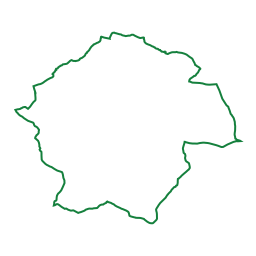 Merghindeal, Sibiu, Romania (Robinson projection)
{"feature_id": "2599482B74262616140775", "entity_name": "Merghindeal", "entity_type": "district", "adm_level": 2, "iso_a3": "ROU", "parent_name": "Romania", "parent_adm1": "Sibiu", "projection": "robinson", "projection_center": [24.738, 45.982], "detail": "fine", "context": "isolated", "style": "outline", "palette": "green", "viewbox_px": 256, "rotation_deg": 0, "n_neighbors": 0, "source": "geoboundaries", "source_scale": "gbopen_adm2", "svg_char_len": 5677}
<svg xmlns="http://www.w3.org/2000/svg" viewBox="0 0 256 256"><path d="M78.2,212.9L78.6,212.7L81.1,212.0L83.7,211.0L84.6,210.6L85.7,209.7L88.3,208.8L89.4,208.6L92.3,208.7L93.7,208.3L96.3,208.1L97.1,208.0L97.8,207.4L99.1,205.9L100.2,205.1L101.3,204.7L102.2,204.5L102.9,204.6L103.3,204.5L104.3,203.7L106.3,202.8L106.5,202.5L106.6,201.9L107.3,201.5L108.3,202.1L111.0,202.9L111.9,203.5L113.9,204.4L115.1,205.5L116.8,206.5L120.2,208.0L121.6,208.8L122.5,209.0L126.3,210.6L127.9,211.6L128.3,211.9L128.8,212.9L129.3,214.9L129.4,215.6L129.5,215.8L130.1,216.1L131.1,216.5L134.5,217.4L135.2,217.5L135.9,217.8L136.8,217.8L137.9,217.9L139.5,217.9L140.7,218.0L143.9,218.9L144.4,219.5L146.1,220.8L147.1,221.6L148.8,222.6L150.0,223.1L151.8,223.3L152.8,223.2L153.4,222.8L156.1,220.2L156.7,219.4L157.0,218.6L156.9,214.0L156.7,212.4L156.3,211.0L156.1,209.7L156.2,209.2L156.9,207.9L157.9,206.4L158.4,205.5L160.2,203.0L165.8,197.5L166.0,197.0L167.6,194.6L168.0,194.4L168.3,193.8L170.1,192.0L170.7,191.5L171.7,189.7L173.2,188.2L173.8,187.4L174.5,187.0L175.5,186.8L176.0,185.8L176.4,185.5L177.1,185.3L177.3,185.0L177.7,182.9L177.8,179.7L177.9,178.9L178.7,178.6L179.3,177.9L180.4,177.1L181.5,175.8L184.1,173.5L185.9,172.0L188.1,170.0L188.8,169.5L189.8,167.9L189.7,166.4L189.0,163.4L188.8,163.1L187.3,162.0L186.5,161.6L185.6,160.5L185.5,159.8L185.1,158.5L185.1,157.4L185.4,156.3L185.4,155.3L185.2,154.7L185.0,154.0L183.7,152.9L183.6,152.6L183.3,150.6L183.0,149.3L182.9,148.2L183.6,145.7L184.4,143.2L184.6,141.8L184.9,141.8L185.8,142.2L189.6,143.2L192.3,143.5L197.3,143.6L200.0,143.0L202.7,142.7L204.3,142.7L207.6,143.0L209.3,143.3L216.0,145.1L218.2,145.8L221.3,147.0L222.1,147.0L223.2,146.9L227.5,144.5L233.5,141.9L236.3,141.2L236.9,141.2L237.7,141.3L240.6,141.1L240.0,140.7L238.6,140.3L236.4,139.6L236.1,139.0L235.8,138.7L235.3,138.5L235.1,136.8L234.6,134.8L234.7,133.1L235.1,130.4L235.2,126.1L234.9,124.2L234.8,121.9L233.8,118.4L233.3,117.4L232.0,115.6L231.8,115.1L231.0,114.3L230.6,113.7L229.7,110.7L228.5,107.7L228.3,106.8L228.1,106.6L226.5,105.3L222.3,98.7L219.4,90.5L216.5,84.2L209.5,84.7L207.8,84.6L205.8,84.4L202.5,83.4L200.9,83.2L199.9,83.0L192.3,82.6L190.2,81.7L189.2,81.5L189.3,80.5L189.6,79.6L190.3,78.7L193.1,76.8L193.6,76.3L194.0,76.2L194.2,75.9L194.9,75.9L195.3,75.7L195.7,75.4L195.9,75.1L196.0,74.8L196.5,74.0L198.1,72.4L198.3,71.8L198.7,71.2L198.9,70.5L199.1,70.1L200.0,69.3L200.3,68.9L200.3,68.6L198.7,67.1L196.8,66.1L196.4,65.5L196.2,65.4L195.3,65.1L195.2,64.9L194.4,62.7L194.0,62.1L193.7,61.5L193.4,61.0L192.6,59.2L191.8,58.3L189.6,56.9L186.6,54.6L184.5,53.7L181.8,52.9L178.5,52.5L177.5,52.3L176.7,51.9L175.4,52.2L173.0,52.2L171.9,52.3L170.4,52.8L168.9,53.4L167.9,54.0L167.6,54.0L165.5,53.3L165.3,53.0L165.6,52.3L165.6,52.1L165.0,52.0L164.8,51.6L163.9,52.0L163.3,51.9L162.8,51.7L161.8,51.7L161.5,51.5L161.5,51.4L161.0,50.9L160.0,50.3L160.0,50.0L158.9,49.8L158.4,49.5L158.2,49.1L157.6,48.8L156.6,48.7L155.8,48.4L155.2,48.0L154.8,47.4L154.1,47.2L153.2,46.6L152.3,46.4L151.5,45.9L149.8,45.0L148.5,44.6L146.2,43.6L144.8,42.3L144.4,41.4L144.4,40.9L144.3,40.0L144.1,39.7L143.8,39.0L144.0,38.3L144.0,37.9L143.9,37.7L143.6,37.5L143.2,37.5L140.7,38.0L140.0,38.0L137.9,37.2L134.8,35.7L133.3,34.8L131.9,34.7L129.9,35.6L128.9,35.7L128.7,35.6L128.4,35.6L126.5,36.0L125.5,36.1L124.7,35.8L123.1,35.5L122.1,35.2L121.1,34.5L119.3,34.2L115.9,33.2L115.1,33.1L114.4,32.7L113.9,32.7L112.9,32.8L112.0,33.3L111.3,34.5L110.0,37.3L109.8,37.9L109.6,38.3L109.7,38.7L104.2,37.6L101.4,36.7L101.1,36.8L100.9,37.3L101.0,38.0L100.6,38.8L100.5,40.2L100.0,41.2L99.5,41.7L98.5,42.2L98.0,42.6L96.9,42.9L96.1,43.4L95.2,43.8L94.2,44.4L93.7,44.4L93.4,44.7L92.8,45.5L92.2,45.9L91.3,46.8L89.9,48.8L89.3,50.0L88.7,50.6L88.1,51.4L87.4,51.8L87.0,52.3L87.0,52.8L86.4,53.1L85.7,53.8L85.4,54.4L84.9,55.6L83.7,56.6L82.1,57.8L81.5,58.1L81.0,58.2L79.9,58.8L79.5,59.6L79.3,59.9L78.1,60.5L75.4,61.1L75.0,60.9L74.0,61.0L72.9,60.8L71.6,60.1L71.4,60.1L69.8,61.1L69.0,62.0L68.4,62.4L68.1,62.8L67.1,63.6L66.2,63.9L62.8,64.4L61.8,65.4L60.5,65.7L60.3,66.1L59.4,66.5L59.0,66.9L58.4,67.2L58.3,67.5L57.5,68.5L56.1,68.8L56.0,69.4L56.1,69.9L55.7,69.9L55.4,70.2L55.3,70.4L55.4,70.7L55.3,71.0L54.4,72.2L53.8,72.5L53.6,73.0L52.7,73.6L52.5,74.1L53.3,74.7L53.4,76.1L53.3,76.4L52.4,77.3L50.3,78.1L47.1,79.8L46.4,80.4L45.6,80.8L43.1,82.7L41.7,83.5L40.2,84.1L38.5,84.4L33.5,86.2L34.2,88.9L35.2,92.0L35.2,92.3L35.5,93.0L35.4,93.1L35.1,93.2L35.3,93.9L35.2,94.0L35.5,97.8L35.5,98.5L35.5,99.5L35.4,100.2L35.1,100.6L33.5,102.0L31.9,104.1L30.1,106.7L28.0,108.8L25.4,107.0L24.4,107.0L22.8,107.4L21.9,108.0L20.8,108.4L20.5,108.8L18.9,109.2L17.7,109.3L15.4,109.9L16.5,112.0L17.0,112.5L17.7,113.1L18.7,114.4L20.3,115.7L22.3,116.7L24.0,118.2L28.0,120.8L33.0,122.6L33.5,123.1L33.8,123.7L34.0,124.7L34.8,126.0L35.4,126.4L36.1,126.6L37.0,127.2L37.4,127.6L38.9,129.6L39.0,130.0L38.7,131.4L38.7,132.3L38.7,132.8L38.3,133.6L37.0,134.9L36.6,135.1L36.5,135.4L35.8,136.4L35.3,137.3L35.2,137.9L35.2,138.3L36.0,138.9L38.1,140.8L38.9,142.6L39.4,145.0L39.3,146.2L39.8,147.4L40.2,148.0L40.3,148.5L39.6,149.5L39.7,149.8L40.2,150.8L40.6,151.1L41.3,151.6L41.5,152.9L41.5,155.6L41.7,159.6L42.4,160.9L45.4,163.9L46.8,164.9L47.7,165.3L49.9,166.5L51.5,167.0L54.5,169.0L57.3,170.6L60.5,171.6L61.9,172.1L62.2,172.5L62.5,173.3L62.9,174.7L63.4,177.9L64.4,180.3L64.5,183.1L62.9,186.8L61.3,190.2L60.4,191.4L59.2,192.7L58.3,193.4L57.8,194.1L57.0,195.6L56.7,197.2L56.5,199.9L56.1,200.6L54.8,201.1L54.5,201.4L54.2,202.4L54.2,203.7L53.8,205.5L54.9,205.2L56.0,204.5L57.0,204.1L57.8,204.2L59.3,205.1L60.4,206.0L61.9,207.1L64.1,208.4L64.6,208.8L65.0,208.8L65.6,208.6L66.4,208.6L68.1,209.7L70.7,210.6L71.5,210.6L72.7,210.4L73.5,210.4L78.2,212.9Z" fill="none" stroke="#15803d" stroke-width="2"/></svg>